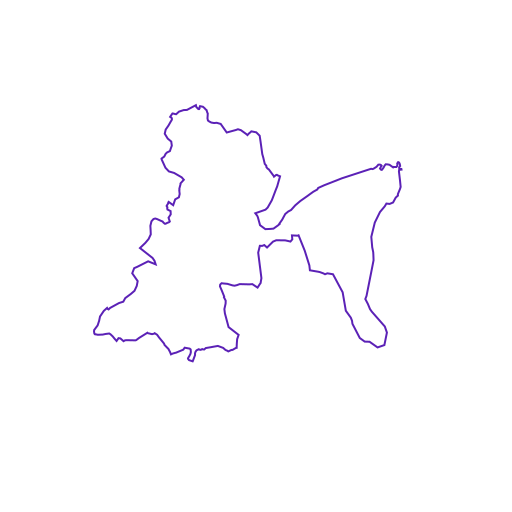 the district of Al Odayn, Ibb, Yemen, rotated 130°
{"feature_id": "15242507B10242503769306", "entity_name": "Al Odayn", "entity_type": "district", "adm_level": 2, "iso_a3": "YEM", "parent_name": "Yemen", "parent_adm1": "Ibb", "projection": "orthographic", "projection_center": [43.943, 13.994], "detail": "fine", "context": "isolated", "style": "outline", "palette": "violet", "viewbox_px": 512, "rotation_deg": 130, "n_neighbors": 0, "source": "geoboundaries", "source_scale": "gbopen_adm2", "svg_char_len": 5029}
<svg xmlns="http://www.w3.org/2000/svg" viewBox="0 0 512 512"><g transform="rotate(130 256 256)"><path d="M377.4,236.8L377.0,236.9L371.1,239.0L369.7,240.2L368.1,240.8L366.5,240.9L365.7,240.6L364.6,240.1L364.4,239.7L364.1,239.2L364.0,239.3L363.5,238.1L363.0,237.8L362.2,237.5L361.9,237.4L361.8,236.9L360.9,235.6L360.2,235.5L358.8,235.3L354.7,231.8L353.1,230.5L349.4,227.4L347.5,222.1L347.6,219.1L347.4,218.2L347.1,217.5L347.0,216.6L346.9,215.9L343.7,214.4L343.0,213.6L339.3,212.3L338.8,211.8L335.7,214.2L331.8,217.0L327.6,218.6L328.1,231.3L322.7,239.0L319.9,243.0L317.0,246.1L314.1,247.6L312.0,248.7L309.7,250.5L308.2,254.1L307.5,254.3L304.3,260.3L302.4,264.1L301.0,265.0L300.0,265.0L298.9,264.8L298.4,263.9L295.7,260.0L293.6,255.1L292.7,253.6L292.5,253.3L290.6,251.9L288.0,250.4L282.1,243.0L279.9,240.7L279.2,234.5L275.2,235.0L273.7,235.1L272.6,235.8L269.5,237.6L252.0,256.5L245.7,259.6L244.2,257.7L242.3,256.7L242.4,253.0L234.0,252.2L230.9,250.6L225.2,243.6L223.6,240.5L222.8,238.9L219.9,238.9L217.1,241.7L213.7,237.2L212.8,236.7L220.6,222.1L228.9,209.1L232.3,205.5L228.1,198.3L227.3,196.8L226.0,193.2L225.6,191.4L223.4,190.2L220.5,185.3L228.1,166.3L240.2,152.0L242.3,143.7L243.9,140.8L245.9,138.6L246.1,138.2L246.4,137.5L246.8,136.5L252.1,123.8L251.7,117.7L248.7,113.9L247.9,104.1L246.7,103.4L241.7,100.4L239.9,101.4L235.1,104.0L230.5,106.5L227.2,112.0L224.2,131.5L223.4,134.5L220.8,139.5L218.7,144.6L215.5,145.7L194.2,157.4L183.7,163.2L179.6,166.9L177.7,168.7L174.6,172.6L172.4,174.8L168.9,178.3L167.2,180.0L154.0,186.5L142.6,189.3L135.2,189.3L132.0,189.8L130.2,187.1L126.9,185.4L121.5,186.5L118.8,186.2L118.5,186.1L117.4,187.1L112.3,188.7L110.1,189.6L105.8,194.0L99.3,200.9L98.0,201.7L96.3,200.1L95.9,200.6L96.2,201.0L97.0,201.5L97.0,202.4L96.0,203.4L94.4,203.4L93.1,205.0L92.5,206.3L92.5,207.1L92.8,207.5L93.2,207.5L93.7,207.4L94.5,207.2L94.9,206.5L96.5,205.7L97.6,205.7L98.4,206.6L99.6,208.2L100.0,208.1L100.3,212.3L101.2,214.0L102.4,215.6L104.0,215.6L106.3,215.1L108.9,214.9L109.5,215.4L109.3,217.2L107.3,217.7L106.2,217.7L106.0,218.7L106.3,219.8L107.4,221.0L110.2,221.0L113.7,222.1L114.6,222.7L115.2,223.9L141.2,240.1L157.9,249.2L163.9,252.1L165.7,251.8L169.9,253.4L174.2,254.5L176.7,255.1L185.4,257.4L191.9,258.5L198.2,258.7L201.2,259.9L205.0,260.6L208.5,259.9L211.3,259.3L216.2,258.9L216.3,258.5L218.3,258.8L223.8,260.2L226.2,262.6L229.4,266.1L229.8,272.7L225.1,279.5L224.4,280.9L223.7,284.0L214.4,278.5L211.4,278.2L203.2,279.7L200.5,280.6L192.5,283.4L189.1,284.5L179.5,288.8L180.3,291.2L180.4,292.2L181.1,292.7L183.6,293.2L183.4,293.6L181.4,301.9L181.6,303.3L181.2,305.2L180.2,306.2L179.8,308.5L176.0,313.6L173.9,316.7L165.3,326.2L161.5,330.5L161.1,335.3L163.5,339.7L164.8,339.8L166.8,340.2L167.7,340.2L168.9,340.3L168.8,341.2L169.3,348.4L170.5,351.3L172.4,352.4L180.2,357.8L177.5,368.0L177.8,368.5L179.2,371.7L181.1,373.6L182.5,376.0L183.0,378.2L183.1,379.9L181.7,381.7L179.9,383.0L177.8,384.6L177.5,385.4L176.0,387.7L176.1,388.6L175.8,390.6L175.8,392.6L177.2,395.2L178.7,394.7L179.0,394.2L180.0,394.0L180.5,394.6L180.4,395.7L180.2,397.6L179.1,399.0L188.5,402.8L190.7,405.2L194.9,407.8L198.7,408.3L199.3,409.3L200.0,410.8L200.5,411.6L200.9,411.6L204.6,411.2L204.4,409.5L205.1,408.4L206.3,407.9L207.4,407.8L212.3,406.9L216.7,406.5L217.1,406.5L221.0,404.5L222.8,399.1L222.8,394.9L222.8,394.5L225.5,391.5L225.9,391.3L228.7,390.3L229.4,390.0L229.7,389.9L231.0,389.4L233.8,390.7L235.8,390.9L238.8,390.2L242.1,391.0L242.7,390.3L246.6,382.1L247.2,377.1L245.0,372.1L243.5,363.5L244.0,360.3L248.6,360.5L249.1,360.4L249.6,359.9L251.0,359.3L253.7,358.0L254.6,357.1L254.9,357.1L255.4,356.6L257.6,354.3L260.6,352.8L264.0,354.1L264.6,354.3L267.7,353.1L270.3,352.1L270.7,357.7L271.4,357.6L272.2,357.1L275.0,356.7L275.4,356.2L275.6,355.2L276.5,354.7L277.3,353.7L276.5,350.3L278.9,348.1L282.9,347.6L285.0,344.2L285.9,344.3L287.9,345.4L289.4,346.0L289.9,346.6L289.9,348.4L289.6,349.8L289.9,350.5L291.3,355.5L292.0,357.2L292.5,357.6L293.6,358.3L294.1,358.3L296.6,358.4L300.8,356.3L304.1,353.2L307.1,350.5L312.0,349.2L317.1,349.2L324.5,350.0L324.0,333.9L325.0,330.5L326.9,327.5L329.4,335.2L340.6,340.0L340.8,340.1L343.6,341.5L348.8,339.7L351.3,330.5L355.6,328.1L360.8,326.7L365.6,327.5L372.3,329.1L376.3,328.3L380.1,330.7L389.6,334.4L391.7,334.6L391.9,335.6L391.5,336.7L395.9,337.3L402.6,336.6L406.5,334.5L411.0,332.7L416.7,332.4L417.9,331.6L419.3,330.0L419.5,329.2L419.4,328.8L419.0,328.5L418.8,328.0L418.0,326.5L414.7,322.9L412.4,321.1L409.7,318.6L409.5,317.0L409.7,314.0L410.3,311.0L410.7,308.2L407.3,308.5L406.3,306.9L406.4,302.7L404.9,302.2L403.9,301.3L403.0,300.2L399.2,295.5L398.1,294.1L397.4,293.7L393.9,292.9L389.3,291.4L384.7,289.9L384.8,289.6L382.7,285.4L380.8,284.0L380.3,284.0L380.2,283.6L379.9,281.1L380.7,278.0L381.9,271.6L382.2,270.1L382.9,269.0L383.4,264.4L383.4,263.6L384.8,260.1L386.0,257.9L384.3,257.1L382.2,255.7L381.6,255.2L374.5,251.5L372.1,251.7L369.6,247.3L369.6,246.0L371.4,244.2L373.1,243.3L375.3,242.8L377.8,242.4L378.4,242.1L378.8,240.4L377.4,236.8Z" fill="none" stroke="#5b21b6" stroke-width="2"/></g></svg>